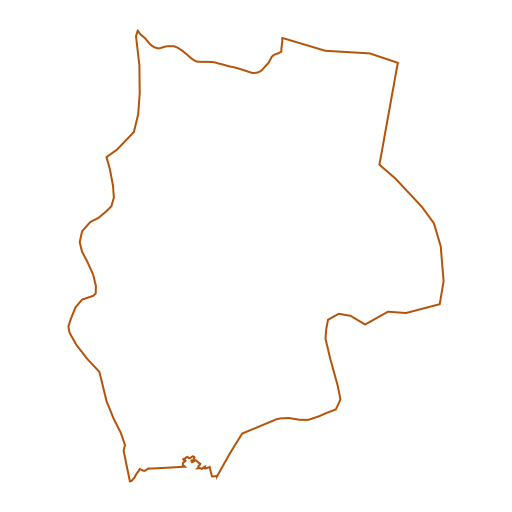 the district of At Tall, Rif Dimashq, Syria
{"feature_id": "27442178B63006606807907", "entity_name": "At Tall", "entity_type": "district", "adm_level": 2, "iso_a3": "SYR", "parent_name": "Syria", "parent_adm1": "Rif Dimashq", "projection": "orthographic", "projection_center": [36.331, 33.701], "detail": "fine", "context": "isolated", "style": "outline", "palette": "amber", "viewbox_px": 512, "rotation_deg": 0, "n_neighbors": 0, "source": "geoboundaries", "source_scale": "gbopen_adm2", "svg_char_len": 4769}
<svg xmlns="http://www.w3.org/2000/svg" viewBox="0 0 512 512"><path d="M217.1,476.2L226.2,460.0L229.9,453.4L242.1,433.6L249.5,430.5L276.9,419.1L280.8,418.4L288.9,418.0L299.7,419.8L300.6,419.8L308.2,419.9L312.6,418.4L318.8,416.4L325.9,413.2L335.8,409.4L338.0,404.9L340.4,399.4L337.6,385.2L335.3,377.1L334.8,375.2L330.3,359.0L325.5,338.7L326.2,329.4L327.1,324.6L328.0,319.8L338.7,313.8L350.5,315.8L365.1,324.5L388.0,311.7L398.5,312.5L406.0,313.0L439.7,304.2L443.6,281.3L442.3,265.5L440.7,246.2L433.9,223.3L422.1,207.1L413.6,198.0L396.2,179.4L395.7,178.8L394.0,177.4L393.5,176.9L393.2,176.6L392.5,176.0L392.3,175.9L380.0,165.2L379.4,164.7L382.0,150.7L385.5,130.9L388.3,115.4L390.0,106.1L391.9,95.5L392.0,94.7L392.7,91.0L393.1,89.0L393.9,84.5L395.8,73.7L397.7,63.5L397.8,62.8L369.8,53.4L325.4,50.8L285.3,38.8L282.3,38.1L282.3,38.6L282.2,38.7L282.3,41.0L282.3,41.6L282.0,43.8L281.6,47.0L281.6,47.6L281.5,47.9L281.4,49.0L281.3,51.5L280.5,52.2L278.3,53.3L277.1,53.7L275.5,54.2L273.6,55.1L273.1,55.6L271.5,57.1L271.4,57.3L270.8,58.8L270.5,59.3L270.1,59.9L269.3,61.4L268.6,62.6L268.0,63.6L267.1,64.4L266.9,64.5L266.4,65.0L265.8,65.7L264.9,66.8L262.4,69.6L261.9,70.1L260.0,71.5L259.7,71.6L258.3,72.2L257.3,72.6L253.7,73.0L252.7,72.9L252.1,72.9L251.5,72.7L248.9,71.9L248.5,71.8L245.9,70.9L244.4,70.4L236.1,67.8L233.2,67.1L229.8,66.5L228.5,66.2L226.2,65.5L221.4,64.1L218.5,63.5L217.5,63.2L216.0,62.7L215.0,62.5L214.5,62.4L213.0,62.1L208.6,61.9L202.0,61.9L197.0,61.6L194.9,60.8L190.8,58.0L187.4,54.9L183.5,51.7L183.4,51.6L182.3,50.8L181.4,50.1L180.8,49.7L178.6,48.3L178.4,48.1L175.1,46.6L173.5,46.3L173.4,46.2L168.4,46.2L167.4,46.3L166.8,46.3L166.4,46.4L164.8,46.7L163.1,47.2L162.3,47.5L162.0,47.6L160.4,48.0L159.3,48.3L157.9,48.3L154.7,47.4L152.1,45.9L150.5,44.6L149.4,43.5L146.1,39.4L145.0,38.2L144.1,37.4L143.4,36.8L140.3,34.2L139.5,33.1L138.6,31.7L138.0,30.9L137.7,30.7L136.0,36.2L139.4,65.4L139.7,93.5L138.2,114.2L133.9,132.0L117.1,149.5L106.5,157.1L109.8,168.9L113.0,185.8L113.8,196.7L113.9,197.6L112.2,203.3L111.4,206.2L111.2,206.4L106.0,211.6L98.6,217.8L90.4,221.9L82.2,231.1L80.9,236.6L79.7,242.2L82.0,251.6L87.4,261.9L93.2,274.7L95.9,286.1L95.7,293.4L93.3,295.8L82.2,299.5L75.6,307.2L70.8,319.0L68.4,326.5L69.5,332.6L71.5,336.2L76.5,345.1L80.9,350.7L87.0,358.6L87.7,359.4L89.1,360.9L95.5,367.7L99.4,371.9L101.1,378.9L106.6,401.4L107.8,404.3L110.8,411.7L113.8,419.1L116.0,423.3L120.0,431.3L120.9,433.1L125.0,445.1L123.6,450.7L125.1,458.1L129.9,481.3L130.1,481.3L130.7,481.2L130.8,481.2L131.0,481.2L131.3,481.0L131.5,480.8L131.7,480.7L131.9,480.6L132.1,480.4L132.4,480.1L132.5,479.9L132.7,479.6L132.8,479.5L132.9,479.3L133.0,479.2L133.2,478.9L133.3,478.7L133.5,478.6L134.4,477.7L134.5,477.6L134.7,477.4L134.7,477.2L134.8,476.9L134.8,476.7L135.0,476.4L135.9,474.8L136.1,474.5L137.1,472.9L137.8,472.0L138.5,471.2L138.7,470.9L138.9,470.5L139.7,469.0L140.6,469.4L141.7,469.9L142.7,470.4L144.0,470.9L144.3,470.9L144.6,470.8L145.3,470.5L145.8,470.2L146.8,469.5L148.3,468.6L148.5,468.5L148.6,468.4L148.8,468.4L150.1,468.6L169.6,467.6L184.7,466.7L184.9,466.7L184.6,466.4L182.9,465.2L182.8,464.0L182.9,463.2L183.2,462.6L183.7,462.2L184.2,461.8L185.0,461.4L185.5,461.0L185.5,460.7L185.2,460.5L184.3,460.3L183.7,459.9L183.3,459.4L183.4,458.9L184.2,458.7L185.0,458.5L185.5,458.2L185.8,457.6L186.9,457.2L187.5,456.9L187.8,457.2L188.2,457.6L188.5,457.9L188.8,458.2L189.2,458.3L189.8,458.1L190.1,457.9L190.8,457.6L191.4,457.2L192.1,456.7L192.9,456.3L193.5,456.5L193.9,456.7L194.4,457.2L194.5,457.6L194.2,457.9L194.1,458.1L193.8,458.9L193.4,459.7L192.9,460.4L192.3,460.8L191.9,460.6L191.6,460.4L191.4,460.4L191.3,460.6L191.4,460.9L191.8,461.4L191.8,461.8L192.0,462.2L192.5,462.0L192.8,461.9L192.9,461.7L193.3,461.5L193.6,461.4L194.1,461.3L194.4,461.1L195.0,460.5L195.6,460.2L196.0,460.3L196.3,460.5L196.6,460.9L196.9,461.3L197.0,461.4L197.3,461.6L197.5,461.7L198.0,462.1L198.2,462.5L198.5,462.7L199.6,463.4L200.1,463.7L199.9,464.0L200.0,464.6L199.8,464.9L199.4,465.2L199.0,465.5L198.7,465.8L198.4,466.3L198.3,466.6L198.6,467.2L198.6,467.5L198.2,467.9L197.7,468.3L197.8,468.3L198.1,468.3L198.1,468.2L198.5,468.2L198.8,468.1L199.0,468.1L199.3,468.1L199.6,468.1L199.9,468.1L200.3,468.2L200.7,468.3L201.1,468.4L201.6,468.9L202.6,468.6L203.1,467.7L203.3,467.6L204.0,467.2L204.9,466.7L204.7,467.4L204.5,468.2L204.8,468.4L204.9,468.5L205.0,468.5L205.3,468.5L207.3,467.9L209.0,467.3L209.3,467.2L209.6,467.0L209.7,467.3L209.7,467.5L210.1,469.0L210.5,470.8L210.8,471.7L211.1,473.0L211.5,474.4L211.9,476.2L211.9,476.3L212.0,476.4L212.6,476.4L212.9,476.4L213.2,476.4L213.5,476.4L213.9,476.4L214.0,476.4L214.4,476.4L214.5,476.4L215.1,476.2L215.3,476.2L215.5,476.1L215.8,476.1L216.0,476.1L216.3,476.0L216.5,476.1L216.8,476.1L217.1,476.1L217.1,476.2Z" fill="none" stroke="#b45309" stroke-width="2"/></svg>